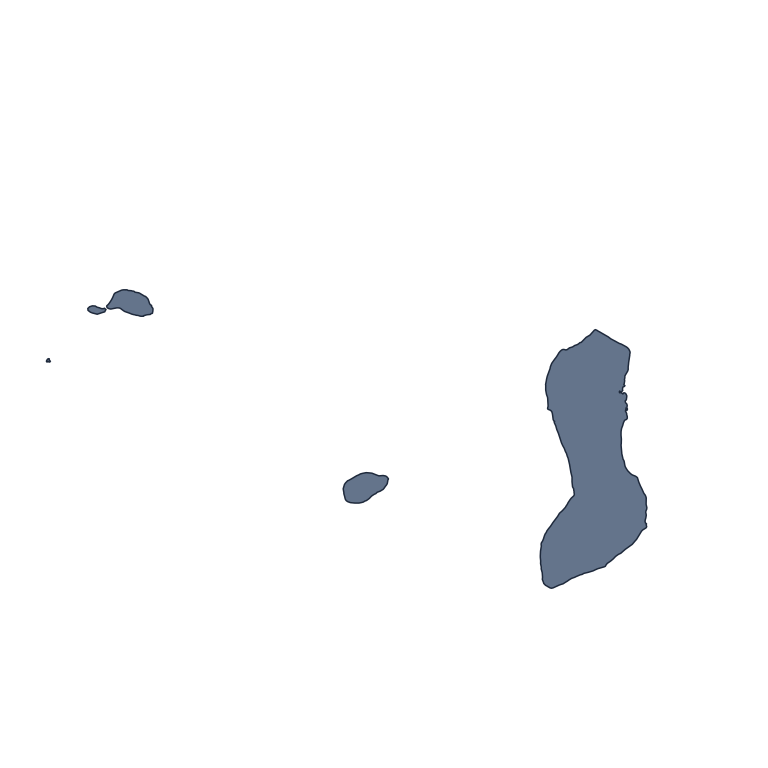 Makimae, Shefa, Vanuatu, rotated 122°
{"feature_id": "77236927B14255204108964", "entity_name": "Makimae", "entity_type": "district", "adm_level": 2, "iso_a3": "VUT", "parent_name": "Vanuatu", "parent_adm1": "Shefa", "projection": "orthographic", "projection_center": [168.399, -17.15], "detail": "fine", "context": "isolated", "style": "filled", "palette": "slate", "viewbox_px": 768, "rotation_deg": 122, "n_neighbors": 0, "source": "geoboundaries", "source_scale": "gbopen_adm2", "svg_char_len": 5410}
<svg xmlns="http://www.w3.org/2000/svg" viewBox="0 0 768 768"><g transform="rotate(122 384 384)"><path d="M437.5,165.2L437.8,164.8L442.8,162.7L446.9,160.4L448.3,159.5L451.0,157.4L453.4,156.0L455.9,153.6L457.5,152.7L460.2,149.8L463.8,147.2L465.8,146.2L468.0,143.3L468.5,142.8L469.1,140.4L468.9,135.0L468.4,133.7L467.2,132.5L462.0,129.1L460.3,127.8L458.5,126.2L456.7,125.4L455.9,125.0L455.3,124.7L454.2,124.1L452.2,123.3L449.4,121.9L446.7,119.7L445.9,119.3L443.5,117.6L442.0,116.6L440.5,115.1L438.6,114.1L435.6,111.1L431.6,107.6L429.5,106.3L427.3,104.8L422.4,100.4L421.3,99.7L419.8,99.8L417.8,99.6L416.7,99.1L413.9,97.9L410.8,96.9L407.8,96.3L406.6,95.9L404.2,94.9L402.1,93.5L396.4,91.8L388.4,88.5L384.2,87.9L382.0,87.5L372.4,87.6L370.8,87.3L367.3,85.6L366.6,85.5L365.7,85.7L364.4,87.1L363.6,87.2L363.4,87.6L363.3,88.6L362.1,89.9L360.6,90.5L358.8,91.0L356.4,92.0L355.4,92.8L354.2,94.0L352.8,94.6L350.9,94.9L349.5,95.6L347.1,98.0L341.7,101.2L340.6,102.4L339.8,103.6L339.0,105.7L336.3,109.7L334.6,112.5L332.2,115.9L329.1,119.5L328.9,121.4L328.9,121.9L329.5,125.1L329.5,126.2L329.3,127.8L328.4,131.4L327.4,133.6L326.3,135.6L325.2,136.8L322.7,139.0L321.8,140.0L321.1,141.4L317.0,145.5L316.1,146.1L310.3,150.5L309.4,151.0L309.0,151.1L304.9,153.5L301.9,155.8L298.8,157.7L296.0,158.9L294.7,159.2L293.0,159.5L290.0,160.4L287.6,160.7L286.4,160.3L285.6,159.6L284.7,159.5L284.0,159.6L282.5,160.6L281.4,161.9L280.4,162.6L279.0,164.9L277.3,165.5L277.9,164.7L277.7,164.1L277.0,164.0L276.2,164.3L275.5,165.4L273.3,166.4L273.0,166.7L272.2,167.7L271.9,169.1L271.1,170.1L270.2,170.5L269.7,170.2L268.8,170.2L266.8,171.1L266.5,171.2L265.4,171.8L264.4,173.2L264.0,174.2L264.0,175.2L264.5,176.0L265.7,176.1L265.8,176.2L265.7,178.2L266.3,179.2L266.5,179.4L266.5,179.7L265.9,180.3L265.2,180.3L265.2,180.2L265.0,178.8L264.6,178.3L262.8,178.2L262.5,178.7L260.5,179.7L259.9,179.7L258.7,178.9L257.9,178.8L257.7,178.9L257.6,180.0L257.4,180.3L256.6,180.4L253.7,181.6L252.9,182.4L251.2,183.0L249.5,184.0L243.8,184.2L242.3,184.6L240.1,186.0L237.5,187.2L236.4,187.8L229.4,190.8L228.7,191.3L227.7,191.6L226.7,192.1L226.1,192.7L224.8,194.7L224.2,196.7L224.1,198.5L224.4,203.8L224.9,206.0L225.5,215.6L225.2,218.8L225.7,231.7L225.6,231.9L225.9,233.5L226.8,234.1L233.5,235.3L237.3,237.3L244.2,238.8L245.0,239.7L247.1,240.4L248.5,241.2L250.3,242.7L252.6,243.7L255.1,245.9L257.8,246.9L258.1,247.2L258.8,247.9L259.2,249.3L259.8,250.5L260.9,251.3L262.8,251.9L264.9,252.2L267.7,252.1L270.7,252.2L272.3,252.4L277.3,252.7L278.3,252.6L281.4,252.0L282.7,251.4L290.8,249.7L294.1,248.6L294.4,248.4L294.7,248.3L299.0,246.6L299.5,246.1L303.4,243.7L306.7,240.7L308.7,238.2L309.7,237.4L315.8,233.1L317.9,232.4L318.4,231.9L318.5,231.2L318.2,229.7L318.1,228.5L318.6,227.0L319.8,225.6L321.9,223.8L324.5,221.7L325.3,220.5L325.2,219.6L325.3,219.5L326.1,219.4L326.6,219.0L328.5,216.1L331.0,213.4L333.4,210.0L337.5,205.1L339.8,202.4L341.6,199.7L343.0,197.1L345.1,194.4L346.1,192.6L348.2,190.2L349.3,188.6L353.9,184.0L360.0,178.6L363.3,175.2L367.2,172.8L370.8,170.0L371.3,169.6L372.4,167.6L373.4,166.9L374.6,165.7L375.1,165.5L376.6,164.2L377.8,163.8L378.2,163.8L380.1,164.3L381.5,164.7L383.4,164.9L387.2,165.0L388.9,164.8L391.4,164.9L392.4,164.8L396.9,165.6L400.7,166.7L404.3,166.6L412.0,167.3L416.4,167.4L419.4,167.8L422.6,168.0L423.9,167.7L425.5,167.9L426.3,167.7L427.0,167.7L430.9,166.7L433.2,166.3L434.1,166.3L434.9,166.4L436.1,166.1L437.3,165.4L437.5,165.2ZM496.2,361.6L497.1,360.7L498.4,359.8L500.2,357.8L502.0,356.0L502.5,355.2L502.9,354.2L503.0,353.1L503.0,352.3L502.4,349.6L500.4,345.6L498.2,342.1L496.3,340.1L495.0,338.9L493.6,338.3L492.1,337.1L488.9,335.8L486.8,335.4L485.5,335.1L484.4,334.6L482.6,333.8L481.4,332.9L479.4,332.4L477.0,330.5L473.8,328.9L472.4,328.7L470.1,328.6L468.4,328.4L467.4,328.4L466.6,328.5L463.1,329.9L462.6,329.8L462.2,330.0L461.9,330.2L461.1,332.7L461.2,334.0L462.1,336.3L464.5,339.5L464.7,340.1L465.0,341.5L466.0,346.9L466.9,348.8L468.6,352.1L471.1,354.8L472.8,356.4L474.5,357.3L476.3,358.6L481.6,361.3L483.2,362.2L484.0,362.6L485.4,363.6L488.3,364.2L490.1,364.3L494.1,363.2L494.6,363.0L495.7,362.0L496.2,361.6ZM440.7,652.4L442.0,654.6L442.9,655.7L443.5,656.3L449.2,660.2L450.4,660.5L451.0,660.5L452.7,660.2L454.7,659.9L457.4,659.7L461.0,659.8L462.7,660.0L464.5,660.5L465.0,660.4L465.8,659.5L466.0,659.0L466.0,658.0L465.8,656.9L465.2,655.4L460.9,650.8L459.9,649.0L459.7,648.5L459.6,647.3L459.9,643.7L459.9,642.3L458.8,637.4L458.4,634.9L457.8,633.0L457.4,632.1L457.0,630.5L456.4,629.4L455.9,628.0L455.9,627.5L455.3,625.9L453.9,623.8L453.3,623.9L450.9,621.7L448.9,619.1L447.7,618.7L446.9,618.0L446.7,617.9L445.0,618.5L444.2,618.9L442.7,619.7L442.3,620.2L441.4,622.3L441.0,622.4L440.6,622.8L440.5,623.2L440.6,624.0L440.2,625.1L439.5,626.1L439.0,626.6L437.1,629.0L436.6,630.4L436.1,632.6L436.4,633.5L436.5,639.5L436.7,640.5L438.1,643.8L438.0,644.1L437.9,644.9L437.9,645.4L438.5,646.6L438.8,647.8L440.3,650.6L440.3,651.9L440.7,652.4ZM478.4,674.0L478.7,671.1L478.3,668.9L477.3,665.8L476.8,664.2L474.8,662.5L473.2,661.2L470.8,659.1L468.2,659.3L467.9,661.2L469.0,662.1L469.8,663.6L470.2,665.8L470.9,668.0L470.9,670.2L472.3,672.8L474.5,674.6L476.9,675.2L478.4,674.0ZM541.2,679.9L540.9,680.8L540.1,681.2L540.1,681.5L540.3,681.9L541.0,682.4L541.4,682.5L542.8,682.5L543.4,682.4L543.7,682.2L543.9,681.8L543.9,681.4L543.4,681.2L543.0,680.8L542.9,679.9L542.5,679.1L541.6,679.0L541.2,679.9Z" fill="#64748b" stroke="#1e293b" stroke-width="1.5"/></g></svg>